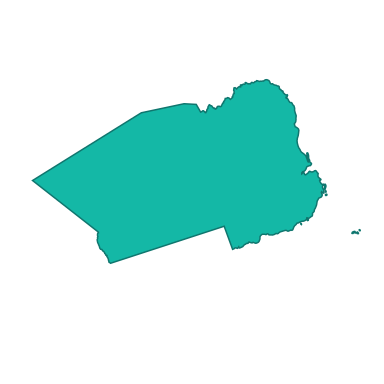 Finschafen District, Morobe, Papua New Guinea (Robinson projection), rotated 342°
{"feature_id": "67681753B17639415447373", "entity_name": "Finschafen District", "entity_type": "district", "adm_level": 2, "iso_a3": "PNG", "parent_name": "Papua New Guinea", "parent_adm1": "Morobe", "projection": "robinson", "projection_center": [147.737, -6.551], "detail": "fine", "context": "isolated", "style": "filled", "palette": "teal", "viewbox_px": 384, "rotation_deg": 342, "n_neighbors": 0, "source": "geoboundaries", "source_scale": "gbopen_adm2", "svg_char_len": 5862}
<svg xmlns="http://www.w3.org/2000/svg" viewBox="0 0 384 384"><g transform="rotate(342 192 192)"><path d="M297.9,108.3L296.6,108.0L295.7,108.1L294.8,108.4L294.4,108.6L293.6,108.3L292.7,108.2L292.0,108.1L291.2,107.7L290.2,107.7L288.7,106.5L287.9,106.1L287.3,106.6L286.4,106.6L285.7,106.6L284.8,107.1L284.0,107.1L282.8,106.2L282.0,106.4L281.0,107.2L280.4,107.1L279.7,106.5L278.8,106.6L277.0,104.5L276.4,104.5L276.2,105.5L275.3,105.8L274.4,105.3L273.5,105.4L272.6,105.5L272.4,105.9L271.7,105.2L271.2,105.3L270.9,107.0L270.3,107.0L269.7,106.3L268.3,106.7L267.2,107.2L266.3,107.8L265.2,106.1L264.1,106.0L263.3,107.6L263.0,108.3L263.3,108.9L263.1,109.6L262.8,110.0L262.6,111.4L261.6,111.6L261.1,112.4L260.5,113.3L260.0,114.3L259.6,114.2L259.6,114.7L257.1,115.8L256.5,114.7L256.1,113.9L254.8,113.2L253.9,113.7L252.5,113.3L251.9,114.4L251.0,115.2L250.0,115.8L249.6,116.9L248.6,117.0L248.3,117.3L248.0,117.9L246.9,118.7L246.6,119.4L245.6,119.7L244.9,119.3L244.2,118.7L243.3,118.7L242.8,118.5L242.0,119.0L241.6,119.7L241.0,120.1L240.7,119.9L240.1,120.4L238.9,119.4L239.0,118.9L238.3,118.7L237.9,117.8L237.6,117.3L237.6,116.7L237.0,115.9L236.2,115.6L235.8,114.5L235.1,114.5L234.8,114.9L233.9,115.6L233.3,116.3L233.2,117.2L232.3,117.8L231.6,118.3L231.3,119.0L230.8,119.8L230.2,120.1L229.7,120.8L229.1,120.6L228.8,119.5L228.4,119.0L228.0,118.3L227.4,118.1L226.4,118.5L224.9,118.7L223.1,110.0L211.7,105.6L168.3,101.0L156.5,103.9L43.9,131.8L90.5,201.1L90.4,201.9L89.9,201.9L89.2,202.7L88.9,203.5L88.7,204.2L88.7,204.7L88.8,205.2L88.1,205.9L88.0,206.9L87.0,208.2L86.9,209.2L86.7,210.3L86.7,211.2L86.8,212.0L87.0,212.5L86.8,213.4L87.1,214.1L87.0,216.1L87.0,217.0L87.4,218.2L87.9,218.4L88.2,218.8L88.6,218.9L88.9,220.5L89.6,221.1L89.8,221.8L90.1,222.7L90.0,223.5L90.6,224.4L90.6,225.6L91.5,226.1L91.1,227.0L91.5,228.3L91.7,229.8L91.5,231.0L91.5,231.7L91.4,233.3L92.1,233.9L92.5,234.6L212.0,234.5L212.9,259.1L214.8,258.9L215.5,258.5L216.0,258.5L217.0,259.0L217.6,259.6L218.3,259.5L219.5,258.6L219.5,259.5L220.0,260.0L222.3,259.8L223.5,259.6L223.9,259.3L225.6,258.3L226.8,258.2L227.7,257.8L228.5,257.8L229.0,258.1L229.6,258.0L230.4,257.3L230.9,257.2L231.6,257.9L232.7,258.6L233.5,259.0L234.5,258.7L236.5,260.3L237.2,260.5L238.3,260.5L239.5,260.3L240.4,259.8L241.5,258.5L242.1,257.7L242.8,255.6L243.5,254.9L245.2,254.0L246.1,254.0L248.2,254.7L249.0,255.3L249.5,255.4L250.5,255.0L251.0,255.1L251.6,255.8L251.9,256.5L252.5,256.8L255.5,257.8L257.7,257.8L258.5,257.4L259.2,257.4L259.8,257.9L260.5,258.1L261.3,258.0L262.3,257.5L263.6,257.2L268.4,257.3L269.2,257.4L270.0,257.8L270.8,258.7L271.5,259.0L274.3,258.8L275.1,259.3L275.9,259.2L276.4,258.8L278.1,256.7L279.4,255.7L280.7,255.2L282.4,254.0L283.3,254.3L285.9,253.8L287.3,253.8L289.2,254.2L290.5,254.1L291.6,253.8L292.3,253.4L292.7,253.1L293.0,252.4L293.3,252.0L293.9,252.3L293.8,253.1L294.1,253.4L295.0,253.0L295.6,253.0L297.7,252.2L298.2,252.2L299.0,251.9L299.6,250.9L299.8,249.9L300.1,249.4L301.8,248.5L302.4,247.9L302.8,246.9L303.5,246.1L304.2,245.6L306.4,242.9L308.2,239.4L310.7,237.0L313.1,236.8L313.9,236.4L314.8,235.4L315.0,234.8L314.8,232.5L315.3,231.7L316.1,233.1L316.7,233.7L317.0,233.8L317.4,233.3L317.4,232.0L318.0,231.0L317.5,229.3L317.5,227.9L317.9,226.8L318.3,226.4L318.7,226.4L319.5,225.8L319.5,225.3L319.2,225.0L318.5,225.1L318.1,225.0L317.5,224.1L316.9,221.9L316.8,220.7L317.1,220.2L317.7,220.5L318.0,220.4L318.3,220.2L318.5,219.8L316.9,217.3L316.7,216.7L316.7,215.7L317.3,214.1L317.6,213.7L317.7,213.2L317.1,212.5L316.9,211.3L316.6,210.4L316.1,209.8L315.0,209.7L314.1,210.1L312.4,210.1L311.4,209.6L310.7,208.9L310.1,208.6L309.4,208.9L308.8,209.5L307.4,210.1L305.8,210.7L305.1,210.7L304.6,210.2L304.6,209.0L304.4,208.3L303.3,208.2L302.0,208.7L302.3,207.7L303.5,206.9L305.1,206.9L306.1,206.5L307.2,205.7L308.9,203.6L309.4,203.4L311.6,203.2L312.6,203.5L313.4,203.1L314.2,202.4L314.4,202.0L314.3,201.4L313.4,199.9L313.4,199.2L313.7,198.2L313.4,197.1L313.4,195.8L314.0,193.9L314.2,192.8L314.2,191.0L314.0,190.5L313.4,190.4L313.1,190.7L312.8,192.6L312.9,194.0L312.4,195.9L312.4,199.0L312.1,199.4L311.6,199.0L311.5,193.3L311.3,192.4L310.2,190.4L308.5,188.1L308.0,187.0L307.8,184.9L307.2,183.0L307.1,180.5L307.3,177.8L307.8,175.4L308.4,174.4L308.7,173.6L310.4,171.2L311.4,169.2L312.7,166.3L312.7,164.9L312.0,163.7L311.2,162.6L310.3,161.9L310.3,159.7L310.5,158.6L311.7,157.9L312.4,157.1L313.3,155.2L313.6,154.0L314.4,152.3L314.7,151.4L314.6,148.6L314.8,146.0L315.5,144.1L315.6,141.6L314.8,140.1L314.6,138.4L314.2,137.7L313.2,137.3L312.7,136.9L312.1,134.9L312.0,133.7L311.7,132.7L311.3,132.2L310.9,132.2L310.6,131.9L310.6,131.1L310.8,130.8L311.6,131.1L312.5,129.9L312.8,129.5L312.6,128.9L311.6,128.9L310.7,128.1L309.4,125.6L309.4,124.9L309.7,124.4L309.2,123.7L308.8,123.7L308.4,123.3L308.2,122.8L308.2,122.1L307.2,121.1L307.1,120.0L307.4,119.4L307.4,118.5L306.9,117.9L306.1,117.7L305.3,116.7L303.7,115.8L303.0,115.3L302.0,113.9L300.7,113.7L300.1,113.0L299.9,110.7L299.5,109.7L297.9,108.3ZM321.0,228.3L321.3,227.5L321.3,226.4L321.0,225.7L320.4,225.7L320.1,226.6L320.1,227.7L319.1,229.3L319.0,230.0L319.4,230.5L321.0,228.3ZM334.7,279.8L334.2,279.6L333.1,279.6L332.1,279.8L331.7,280.2L331.4,280.8L332.2,281.2L333.1,280.8L333.7,280.8L334.7,281.5L335.0,281.3L335.1,280.9L334.7,279.8ZM337.4,283.0L337.6,282.6L337.1,281.2L336.5,281.2L336.0,282.0L336.1,282.4L337.0,283.0L337.4,283.0ZM319.5,236.4L319.4,235.7L319.2,235.6L318.3,235.6L318.0,236.0L318.0,236.4L318.2,236.7L319.0,236.8L319.5,236.4ZM293.5,254.9L293.8,254.9L294.1,254.4L293.9,254.1L293.1,254.0L292.9,254.5L293.1,254.9L293.5,254.9ZM339.9,280.8L340.1,280.6L340.1,280.0L339.7,279.6L339.3,279.7L339.3,280.4L339.7,280.8L339.9,280.8ZM319.6,233.3L319.7,232.7L319.6,232.2L319.1,232.3L319.1,233.4L319.4,233.5L319.6,233.3ZM286.2,256.5L286.2,256.0L285.9,255.5L285.6,255.7L285.6,255.9L285.7,256.5L286.0,256.8L286.2,256.5Z" fill="#14b8a6" stroke="#0f766e" stroke-width="1.5"/></g></svg>